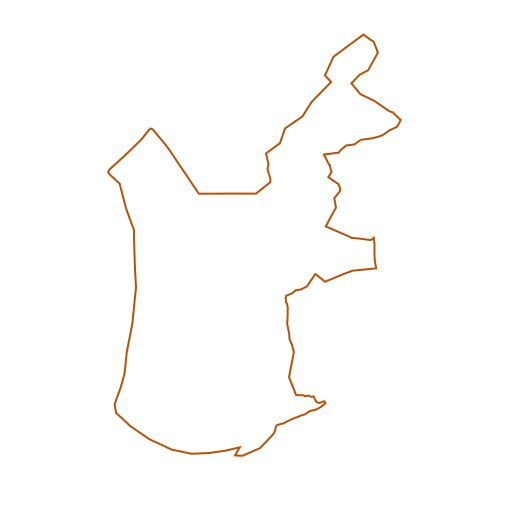 outline of Guma, Benue, Nigeria, rotated 257°
{"feature_id": "59680162B47044873054392", "entity_name": "Guma", "entity_type": "district", "adm_level": 2, "iso_a3": "NGA", "parent_name": "Nigeria", "parent_adm1": "Benue", "projection": "equal_earth", "projection_center": [8.727, 7.86], "detail": "fine", "context": "isolated", "style": "outline", "palette": "amber", "viewbox_px": 512, "rotation_deg": 257, "n_neighbors": 0, "source": "geoboundaries", "source_scale": "gbopen_adm2", "svg_char_len": 2410}
<svg xmlns="http://www.w3.org/2000/svg" viewBox="0 0 512 512"><g transform="rotate(257 256 256)"><path d="M403.9,181.9L403.2,180.4L395.5,170.8L388.5,159.3L386.4,155.8L382.2,148.7L375.4,136.5L373.2,132.5L370.8,130.7L367.9,132.1L357.3,139.4L331.1,140.1L308.4,143.0L304.0,141.8L278.9,136.8L269.5,135.0L253.4,132.2L252.7,132.1L220.3,121.1L216.9,119.9L214.5,118.8L191.5,108.5L176.1,103.2L171.3,101.5L170.5,101.2L158.7,94.8L143.3,84.9L138.3,84.6L134.5,84.4L133.5,85.1L127.0,89.6L118.5,95.3L101.5,110.8L96.0,117.9L91.7,123.5L86.3,130.3L77.8,148.7L74.6,165.8L73.2,182.7L73.2,197.1L66.4,190.7L64.4,197.8L67.9,216.7L77.7,231.6L79.0,233.3L79.8,234.1L81.3,235.0L82.4,235.8L83.7,236.2L85.5,237.1L86.4,238.4L86.7,240.6L86.7,242.3L86.6,244.0L86.7,245.1L87.3,247.1L87.7,248.5L88.7,253.2L89.5,257.4L89.5,258.4L89.7,260.2L89.9,261.5L90.2,262.6L90.4,263.3L90.5,264.6L90.6,266.4L90.6,267.2L90.8,268.4L91.8,270.6L92.7,273.4L92.9,274.6L92.9,275.9L92.8,279.1L93.0,280.3L93.8,283.6L94.5,285.8L95.4,287.6L96.5,289.6L96.9,290.5L98.2,290.1L98.8,290.1L99.0,290.0L99.0,287.1L98.7,286.4L98.6,284.3L99.9,282.2L102.4,281.3L106.3,280.5L106.3,278.5L108.3,275.4L108.3,272.3L109.7,270.7L111.5,263.8L130.5,260.9L153.9,271.3L161.3,271.1L166.9,270.1L167.2,269.9L173.0,270.9L176.2,270.9L182.8,271.1L189.9,273.2L193.3,274.0L196.3,274.7L198.3,275.3L200.6,275.4L202.1,275.5L204.4,274.9L207.7,275.3L210.4,276.4L211.6,282.9L213.7,287.0L213.3,292.4L214.4,296.5L214.8,298.6L225.0,309.6L224.8,310.2L215.4,317.4L218.6,336.6L220.0,346.5L216.9,370.3L225.1,370.7L231.3,371.9L241.3,374.2L247.3,374.8L245.6,371.6L249.8,360.4L252.1,353.2L253.3,352.0L269.1,330.7L274.0,334.9L279.2,339.4L285.0,344.7L291.8,345.2L294.7,345.3L300.1,352.2L301.5,352.8L303.2,353.2L307.5,352.4L316.5,344.2L320.8,348.4L324.5,348.3L327.8,348.3L327.7,348.0L339.6,345.0L338.1,360.0L340.0,361.9L343.4,368.7L342.6,377.0L345.6,384.2L345.0,391.0L344.5,395.8L344.8,403.0L345.2,406.3L348.4,414.4L350.0,421.9L352.8,425.0L356.0,427.6L365.2,421.5L367.1,418.4L380.4,406.3L390.1,394.2L394.4,392.0L402.8,387.8L409.4,397.9L411.8,407.1L426.7,420.5L433.3,419.6L437.6,419.0L439.4,418.1L440.9,416.0L442.8,414.7L447.6,410.4L432.7,376.3L416.4,363.8L408.7,368.4L393.7,345.0L381.6,332.7L373.7,312.9L360.5,304.7L353.7,288.8L342.5,288.8L338.0,286.7L327.8,287.4L324.7,286.5L316.8,270.1L329.6,214.3L378.1,195.7L384.8,192.9L399.3,185.5L402.8,183.7L403.9,181.9Z" fill="none" stroke="#b45309" stroke-width="2"/></g></svg>